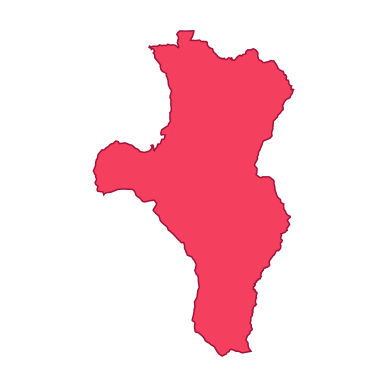 the district of Junín, Cundinamarca, Colombia, rotated 5°
{"feature_id": "7082276B29638649258837", "entity_name": "Junín", "entity_type": "district", "adm_level": 2, "iso_a3": "COL", "parent_name": "Colombia", "parent_adm1": "Cundinamarca", "projection": "mercator", "projection_center": [-73.696, 4.691], "detail": "fine", "context": "isolated", "style": "filled", "palette": "rose", "viewbox_px": 384, "rotation_deg": 5, "n_neighbors": 0, "source": "geoboundaries", "source_scale": "gbopen_adm2", "svg_char_len": 5988}
<svg xmlns="http://www.w3.org/2000/svg" viewBox="0 0 384 384"><g transform="rotate(5 192 192)"><path d="M284.3,81.2L283.6,80.8L282.4,81.4L281.8,81.3L281.6,79.0L282.0,77.7L279.9,77.0L278.9,75.2L278.7,73.2L278.2,72.3L276.6,72.2L275.9,71.7L276.2,69.1L275.5,67.7L274.9,67.1L273.4,67.0L273.1,65.4L272.2,63.9L269.0,62.9L266.6,61.3L266.6,60.4L265.1,58.1L262.3,54.6L261.9,54.3L260.4,54.4L259.2,54.1L257.8,55.0L255.3,56.1L254.1,56.2L252.8,56.9L251.5,56.8L249.3,55.0L247.5,54.7L246.8,53.8L245.6,50.8L245.6,47.8L243.9,45.6L242.5,44.7L240.6,44.0L237.8,45.5L235.1,45.4L233.3,47.9L233.5,49.5L233.0,50.1L230.7,50.6L229.8,52.1L228.0,51.6L227.2,51.8L224.8,54.1L223.8,56.2L223.8,55.9L222.9,57.1L222.7,56.9L221.3,57.2L220.1,55.9L219.8,54.9L218.9,55.3L219.1,56.1L218.4,55.5L217.0,55.0L215.3,56.8L213.6,57.0L212.3,55.9L211.8,56.5L210.8,56.9L210.5,56.3L207.8,56.1L207.4,55.4L205.8,55.0L205.2,53.9L201.1,50.3L199.9,47.5L197.1,46.8L195.8,45.8L194.5,44.2L194.2,41.6L192.8,40.8L191.7,41.1L190.3,40.9L188.2,41.3L186.3,40.0L182.4,40.8L177.2,41.0L178.0,38.7L178.9,37.2L179.8,32.6L179.8,31.2L171.7,32.3L165.8,32.6L164.2,34.3L163.1,36.4L164.6,38.1L165.2,40.2L165.2,41.1L164.6,41.9L164.7,43.2L164.3,44.2L166.3,48.8L165.9,49.5L162.7,47.3L159.9,47.1L158.1,47.6L155.0,46.9L153.6,48.4L151.3,48.2L149.2,48.8L146.8,48.3L145.8,49.3L144.4,49.9L140.9,50.1L138.6,51.0L137.0,50.4L136.6,51.5L139.1,52.8L139.2,53.5L140.3,52.6L141.1,53.0L142.6,55.1L141.2,56.8L142.4,57.8L142.8,58.8L143.3,61.6L149.7,68.3L149.3,69.4L150.5,72.9L152.2,74.6L154.0,75.1L156.3,76.3L156.1,78.0L157.6,80.7L158.5,83.2L159.1,86.9L160.7,90.3L162.0,91.6L162.8,93.3L161.9,98.0L161.9,100.0L163.0,101.6L163.3,106.9L164.1,110.2L164.1,113.5L162.9,115.2L163.3,115.9L163.6,120.7L164.2,121.4L163.9,121.9L164.3,123.8L162.8,125.8L162.4,128.0L156.4,132.6L155.8,136.1L156.0,137.2L156.5,137.9L158.6,137.3L160.5,137.7L159.7,141.3L159.0,142.2L158.0,142.0L157.2,142.4L156.5,145.9L155.8,146.9L155.2,147.3L154.3,147.1L153.8,147.3L153.4,148.7L153.8,148.7L153.7,149.6L151.5,152.5L150.8,154.2L150.4,153.9L149.5,149.6L148.8,148.6L147.2,149.2L148.1,150.3L148.3,151.2L147.6,152.9L145.8,154.9L142.6,156.3L140.7,156.7L136.9,156.3L134.1,154.0L131.5,153.3L129.7,151.7L127.9,150.6L125.0,150.1L121.4,148.9L115.4,150.1L114.0,148.2L111.5,147.9L109.3,150.5L107.4,151.1L106.2,152.0L105.0,153.7L102.4,155.7L101.1,157.4L100.4,157.9L98.6,157.9L95.4,162.4L95.1,163.3L94.9,166.2L94.6,167.2L94.0,168.0L93.5,170.9L93.6,174.3L91.9,179.7L93.0,181.2L93.4,182.6L94.7,183.7L94.6,185.2L95.3,186.3L95.8,188.1L94.6,191.3L95.5,192.9L97.4,194.2L97.8,194.7L97.2,197.8L97.4,198.5L98.1,199.5L103.2,199.7L104.4,202.5L105.0,201.3L106.1,200.6L107.8,199.9L109.9,199.6L111.7,199.0L118.1,195.8L123.0,195.0L132.1,194.6L133.3,195.1L134.4,196.0L135.5,197.5L136.3,199.7L137.2,200.7L141.1,203.0L142.8,205.0L143.8,205.7L145.2,206.0L146.6,205.8L148.5,205.0L154.9,203.4L157.3,205.9L157.7,206.8L157.6,208.1L155.5,211.9L154.9,213.4L155.1,213.9L157.6,216.3L161.3,219.0L163.0,223.4L164.9,225.2L170.4,229.1L171.8,232.1L173.6,233.0L177.1,235.6L182.9,241.0L184.4,241.7L184.8,242.8L186.4,243.5L187.6,243.0L188.2,243.2L189.2,245.9L189.5,248.8L190.9,251.1L191.4,252.6L192.2,253.6L192.8,255.3L197.4,256.6L198.6,258.4L200.5,260.2L202.6,264.0L202.0,268.7L201.6,269.8L203.4,273.5L204.8,274.6L205.6,275.9L206.1,280.3L207.5,286.3L206.4,289.8L206.1,296.5L204.1,301.2L204.9,305.9L204.8,307.3L204.3,308.9L204.5,310.6L204.3,313.4L203.4,319.1L203.4,319.9L203.7,320.3L205.6,321.0L206.4,322.0L206.2,325.6L207.2,330.4L208.3,331.5L210.1,331.4L210.8,331.7L214.7,334.5L216.6,336.3L218.0,338.7L219.2,339.7L222.8,341.3L223.9,342.3L227.7,344.1L231.4,349.4L233.2,351.1L236.3,352.8L240.2,350.4L241.0,348.7L242.7,347.8L243.8,345.6L244.3,345.4L247.4,345.8L249.1,346.7L252.3,346.7L254.3,347.2L255.2,347.8L256.9,347.7L264.7,345.5L262.2,342.7L261.2,339.9L261.1,338.2L260.6,336.9L259.3,335.7L258.5,334.3L259.8,330.3L262.0,327.9L261.8,326.1L262.5,325.2L263.4,324.7L263.9,323.6L263.8,322.8L262.7,321.4L262.6,319.2L261.3,317.6L261.8,315.6L261.6,311.5L262.6,310.4L262.9,308.6L262.3,308.0L262.4,307.5L263.2,306.9L263.1,305.7L262.3,304.7L263.1,304.1L263.0,302.0L264.0,300.1L264.5,299.7L265.2,299.8L265.3,298.7L265.9,298.3L265.3,297.5L264.7,296.0L265.0,292.4L265.5,292.0L265.0,291.2L265.2,288.2L265.7,287.2L264.9,286.0L264.2,286.0L263.6,285.4L263.8,284.7L263.5,284.2L262.8,283.7L262.4,284.0L261.7,283.8L262.0,283.0L261.5,282.6L261.5,281.0L262.3,280.6L263.1,279.1L263.0,278.6L262.0,278.1L263.1,277.4L263.4,276.6L264.2,275.9L263.7,275.4L263.8,275.0L264.7,274.4L264.9,274.0L265.8,273.7L265.7,272.7L267.2,272.7L267.6,272.4L267.7,271.1L268.5,270.2L267.6,269.0L268.1,267.2L267.6,266.5L268.9,265.2L268.9,264.5L269.8,263.7L270.1,261.9L271.9,261.2L272.5,260.3L273.7,260.3L275.5,258.6L275.7,257.8L275.3,256.7L275.1,253.9L278.7,247.7L279.4,247.6L280.9,243.7L282.2,242.7L282.6,243.0L283.5,242.8L285.1,240.4L285.2,238.5L284.5,235.4L284.6,234.9L285.6,234.3L286.2,232.6L285.7,231.8L284.9,231.4L284.4,230.5L284.5,229.0L284.9,227.4L284.2,225.9L285.1,225.7L286.3,224.8L287.2,224.7L288.8,223.5L289.2,222.5L290.2,222.0L289.5,220.1L290.8,218.3L291.2,216.9L292.1,216.3L291.8,215.2L289.4,212.0L290.2,210.7L292.1,208.6L292.1,208.1L291.4,207.4L289.5,206.8L287.6,205.1L287.0,203.5L285.2,201.2L284.4,198.2L284.5,196.0L282.4,195.2L281.4,194.4L280.7,191.7L277.7,189.7L276.7,187.8L274.4,182.3L274.0,179.5L272.9,176.6L272.8,174.4L272.4,173.2L267.7,170.2L260.9,170.8L259.8,171.6L258.9,171.6L257.6,171.2L254.5,169.3L254.3,169.0L254.8,167.5L254.8,163.0L254.2,162.1L252.1,160.3L252.1,158.4L254.3,153.7L254.4,152.6L253.9,151.6L254.8,149.0L254.9,145.9L255.9,144.5L256.8,141.0L257.7,138.8L258.1,135.9L259.1,134.7L264.8,131.7L266.8,129.2L266.1,125.8L267.0,122.4L266.8,121.2L267.0,119.1L266.6,118.6L266.9,117.9L266.9,114.7L267.1,113.7L268.4,112.7L269.0,111.5L270.6,109.9L270.8,108.0L273.1,105.5L274.2,103.3L275.5,102.1L275.6,101.1L274.8,97.6L275.4,96.6L275.7,95.2L276.4,93.6L278.0,91.4L280.0,90.4L281.4,89.4L282.1,86.8L283.3,84.9L283.8,82.0L284.3,81.2Z" fill="#f43f5e" stroke="#9f1239" stroke-width="1.5"/></g></svg>